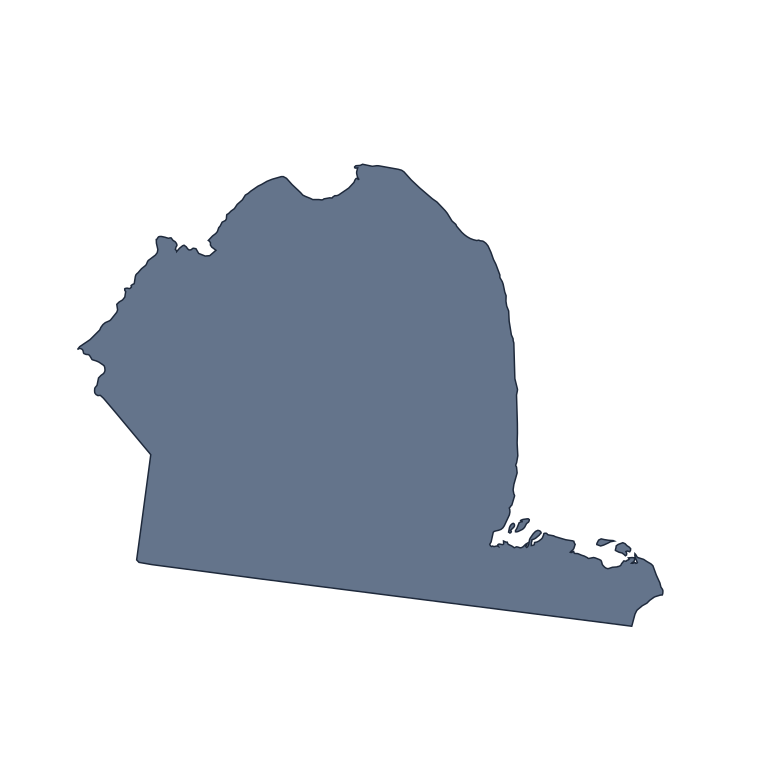 Buenos Aires, Albers equal-area conic projection, rotated 279°
{"feature_id": "ARG-1295", "entity_name": "Buenos Aires", "entity_type": "Federal District", "adm_level": 1, "iso_a3": "ARG", "parent_name": "Argentina", "parent_adm1": "", "projection": "albers", "projection_center": [-60.531, -37.151], "detail": "fine", "context": "isolated", "style": "filled", "palette": "slate", "viewbox_px": 768, "rotation_deg": 279, "n_neighbors": 0, "source": "natural_earth", "source_scale": "10m", "svg_char_len": 6148}
<svg xmlns="http://www.w3.org/2000/svg" viewBox="0 0 768 768"><g transform="rotate(279 384 384)"><path d="M598.7,344.7L598.3,364.5L597.9,367.9L596.7,370.5L589.8,379.0L583.3,388.5L574.5,402.8L572.0,407.9L564.8,417.3L562.6,419.7L555.6,425.7L553.0,429.8L552.2,430.5L551.2,431.0L545.9,437.2L544.0,440.1L542.4,443.2L541.2,446.4L540.5,449.7L540.2,453.1L540.9,455.1L540.5,456.6L540.6,458.9L540.4,459.9L538.9,462.7L536.6,465.2L530.7,469.1L524.2,472.6L519.7,475.8L509.8,481.4L507.7,481.7L506.9,482.1L503.6,484.8L501.2,486.1L493.7,488.9L490.3,490.8L484.8,491.5L480.2,493.0L475.6,495.7L465.6,497.8L452.5,502.1L448.9,504.4L447.0,504.8L444.9,505.8L409.8,512.4L399.6,516.7L398.2,516.8L393.9,516.6L365.9,521.9L356.2,523.5L346.7,524.7L334.0,527.4L327.1,527.3L324.8,526.8L324.0,526.9L322.7,527.9L317.0,529.4L305.1,528.0L299.5,528.1L295.6,529.5L295.0,530.0L294.0,530.5L284.4,529.2L283.6,528.5L282.5,528.1L281.4,527.2L280.9,527.2L279.8,527.8L277.3,528.4L274.3,528.3L262.8,525.0L260.5,523.9L258.7,522.3L257.4,520.0L256.3,517.2L255.5,515.7L254.6,515.1L244.7,514.5L242.2,513.5L240.9,514.4L240.3,515.7L240.9,516.5L240.6,518.1L241.8,521.1L241.4,522.4L242.3,521.7L243.1,521.6L243.7,522.2L244.0,523.2L243.9,526.1L244.1,526.7L244.8,527.2L247.6,526.6L246.9,529.3L247.1,530.4L245.6,531.3L245.0,532.0L244.2,534.8L243.6,536.5L242.8,537.8L242.7,538.4L243.9,540.3L243.9,541.7L243.5,544.2L244.0,545.6L245.1,546.9L247.9,549.0L249.1,550.4L247.4,550.2L245.8,549.4L244.9,550.4L245.5,551.2L246.9,551.8L248.3,552.0L253.1,552.1L254.6,552.5L259.4,554.8L262.1,556.7L263.5,558.8L263.5,559.7L263.3,560.7L262.9,561.5L262.3,562.1L261.5,562.5L261.0,562.3L260.2,561.6L259.0,561.0L255.4,557.9L254.2,556.3L253.4,554.6L252.9,554.4L252.1,554.7L251.0,554.4L247.5,554.8L247.9,556.2L248.3,556.9L248.8,557.5L251.0,557.5L251.9,559.8L253.1,561.5L255.6,563.8L256.8,564.5L259.8,565.2L261.3,565.3L261.6,565.7L262.0,567.4L261.7,568.3L261.0,569.0L260.7,569.7L260.6,575.3L260.0,577.1L258.6,587.9L258.6,594.9L258.3,596.2L257.9,596.2L255.8,597.5L255.6,597.9L251.0,597.2L249.7,596.4L247.0,594.3L246.8,595.1L247.1,595.9L248.3,597.5L246.9,598.2L246.5,598.9L246.8,601.9L246.5,603.2L245.8,606.0L245.4,608.7L244.3,612.0L243.8,612.7L243.7,613.5L245.4,618.1L245.3,619.7L244.3,624.3L243.7,625.9L242.5,626.7L239.8,627.9L238.8,629.0L237.7,630.4L236.9,632.0L236.6,633.7L236.9,634.8L238.7,638.2L239.8,642.8L240.3,643.5L240.3,643.9L241.4,645.7L241.9,646.2L243.8,646.8L245.9,648.1L246.6,648.3L246.8,648.7L246.8,650.6L247.0,651.0L247.9,651.7L248.6,652.9L249.4,653.6L250.5,652.6L251.4,656.2L251.5,658.2L250.5,659.1L247.6,658.6L246.3,656.9L245.7,656.5L245.8,657.8L246.8,659.7L246.7,660.3L246.2,660.8L246.8,661.9L247.2,662.2L251.9,659.3L253.7,658.6L255.6,658.4L254.9,659.3L252.8,661.0L252.3,662.0L251.4,667.9L249.7,671.6L248.1,675.8L246.6,678.0L237.8,682.9L230.7,687.6L226.7,689.3L224.7,691.2L223.5,691.8L222.2,692.0L220.7,692.1L219.2,691.9L218.7,689.9L216.3,685.0L215.5,683.9L211.8,680.2L208.7,678.0L205.5,673.9L200.7,669.7L199.8,669.1L195.9,667.9L183.5,666.6L172.2,293.8L169.3,183.0L169.5,169.9L171.6,167.2L203.3,166.5L277.7,164.7L314.5,122.6L326.1,109.1L328.4,105.6L327.8,103.2L328.5,101.3L329.6,100.1L330.4,99.6L332.0,99.2L334.1,99.0L335.2,99.2L337.7,100.7L338.5,100.8L345.3,101.1L348.2,103.1L350.5,105.4L352.2,106.1L353.8,106.3L354.7,106.1L356.6,105.6L358.2,104.7L358.7,103.9L361.1,98.8L361.8,96.0L362.3,92.4L362.5,91.8L362.8,91.5L365.5,89.3L366.6,88.0L366.8,87.4L366.6,85.1L367.1,82.9L367.6,82.4L369.9,81.5L370.7,80.8L371.3,79.8L371.5,78.6L371.4,77.5L370.2,75.9L373.3,77.6L381.8,86.7L392.9,94.8L395.6,95.5L398.7,97.1L401.0,99.1L403.5,103.0L404.4,103.9L413.0,108.8L415.5,109.3L420.9,107.6L423.6,109.6L426.1,112.6L429.3,114.4L434.9,114.4L435.8,113.4L437.4,113.0L437.8,113.3L438.3,114.5L438.5,115.5L438.4,117.4L438.7,118.2L439.8,119.1L440.4,119.4L441.4,118.8L441.8,118.9L443.1,120.2L443.7,121.3L444.3,121.6L451.1,121.6L452.8,121.8L454.2,122.6L455.2,123.5L460.0,126.5L463.5,129.7L464.7,130.5L467.9,131.3L469.1,131.8L475.6,138.1L478.3,139.5L481.4,139.6L487.4,137.2L490.9,136.5L490.9,136.8L492.2,137.3L493.8,138.1L494.2,138.5L494.7,139.7L494.9,141.3L494.7,144.7L494.2,148.2L494.9,150.0L495.0,150.9L492.8,153.2L491.9,155.4L490.8,156.6L489.6,157.5L488.3,157.8L486.6,157.1L484.2,156.9L483.2,158.3L482.4,158.5L486.1,160.8L489.0,163.4L489.8,164.8L488.5,167.3L486.9,168.8L486.0,170.2L486.0,171.3L486.4,172.4L488.1,174.0L488.3,174.7L488.2,177.1L484.0,180.5L482.4,187.4L483.5,191.8L489.8,197.1L492.3,192.4L494.1,190.8L496.4,190.5L497.8,189.1L498.3,188.0L503.4,191.5L506.3,194.3L508.5,195.6L512.5,196.3L514.4,197.5L518.5,198.8L520.7,201.8L522.4,202.5L526.0,202.2L526.8,202.3L528.0,203.8L530.8,205.8L533.8,208.8L538.4,210.9L543.7,215.3L548.9,217.5L551.0,220.0L553.6,222.2L559.7,228.6L561.9,231.8L565.9,236.7L568.8,241.6L572.8,250.2L573.1,252.1L571.9,255.5L566.6,262.0L559.9,271.8L557.9,274.2L557.0,277.0L555.8,282.3L555.0,284.8L556.0,290.9L556.0,293.2L556.4,294.7L557.5,295.8L559.4,301.3L559.5,303.0L559.7,303.7L560.8,304.3L562.3,306.0L562.6,307.7L563.4,309.4L572.0,318.5L578.4,322.8L581.2,323.5L582.6,324.3L583.1,325.4L582.0,326.5L582.4,327.0L583.6,325.9L585.0,325.1L587.8,324.0L589.2,323.8L593.4,324.2L592.8,322.4L593.0,321.2L593.9,321.0L595.2,322.1L596.2,326.3L597.7,328.5L597.2,338.4L598.5,342.8L598.7,344.7ZM256.8,638.5L258.4,638.7L260.5,638.7L262.2,640.4L264.6,644.7L264.0,647.1L262.3,649.3L261.2,651.8L259.9,653.4L258.2,653.5L256.7,652.9L257.1,650.5L256.4,649.2L254.7,650.2L253.1,650.3L252.1,649.3L253.1,647.9L254.3,645.6L254.6,642.4L255.8,638.6L256.8,638.5ZM270.3,540.6L270.6,540.3L271.1,540.9L272.0,542.5L273.2,546.4L273.4,547.6L272.8,548.7L271.6,548.8L270.2,548.3L268.4,546.6L264.5,545.3L263.1,544.4L262.0,543.4L259.4,539.7L258.7,538.2L258.6,537.0L259.8,536.8L262.1,537.8L268.2,539.2L269.5,541.2L269.6,541.9L269.9,541.9L270.2,541.5L270.3,540.6ZM258.7,619.3L259.8,619.2L263.4,620.4L265.0,622.7L264.8,626.1L264.8,630.4L265.2,634.8L264.9,636.0L263.6,632.3L262.1,630.4L259.3,626.2L257.9,623.3L258.7,619.3ZM259.3,531.9L258.4,532.8L257.2,532.6L256.5,531.7L257.2,530.2L262.0,530.4L264.3,531.1L266.2,532.6L266.6,533.6L266.1,534.5L265.1,535.0L263.9,535.0L262.7,534.5L259.3,531.9Z" fill="#64748b" stroke="#1e293b" stroke-width="1.5"/></g></svg>